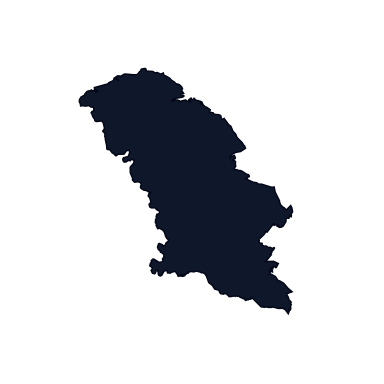 the district of Corcova, Mehedinti, Romania, rotated 209°
{"feature_id": "2599482B52479565944314", "entity_name": "Corcova", "entity_type": "district", "adm_level": 2, "iso_a3": "ROU", "parent_name": "Romania", "parent_adm1": "Mehedinti", "projection": "orthographic", "projection_center": [23.061, 44.685], "detail": "fine", "context": "isolated", "style": "filled", "palette": "ink", "viewbox_px": 384, "rotation_deg": 209, "n_neighbors": 0, "source": "geoboundaries", "source_scale": "gbopen_adm2", "svg_char_len": 6075}
<svg xmlns="http://www.w3.org/2000/svg" viewBox="0 0 384 384"><g transform="rotate(209 192 192)"><path d="M292.1,277.3L293.2,277.2L295.8,275.0L296.0,274.5L295.5,273.7L296.2,271.7L296.6,269.0L297.1,268.0L299.4,266.5L307.9,262.7L308.3,261.9L309.1,261.5L309.2,260.6L310.9,258.3L311.6,258.4L313.4,257.5L314.3,255.8L310.8,254.2L311.5,253.7L312.4,253.7L314.7,254.6L315.0,254.4L315.3,253.9L314.8,251.3L317.8,247.2L317.1,246.7L328.0,236.0L327.0,234.7L323.4,234.4L324.7,232.8L326.9,233.5L328.5,231.8L329.3,232.5L330.6,230.7L331.5,230.3L332.6,228.9L333.2,225.9L332.9,224.8L335.1,221.2L335.2,218.0L334.1,216.1L332.0,214.8L331.8,213.9L330.9,213.3L329.2,214.7L327.1,215.3L324.0,217.6L321.7,217.3L319.8,218.1L318.7,218.0L317.2,215.0L318.5,214.0L318.6,212.3L317.2,211.6L315.2,209.7L312.6,208.5L311.5,207.3L309.9,207.2L305.8,210.1L304.5,210.1L302.7,209.0L299.5,205.4L299.3,204.2L299.6,202.3L299.4,201.8L296.9,201.1L296.1,200.3L295.1,198.1L293.9,197.2L293.4,196.1L289.3,191.4L287.4,188.4L286.1,188.3L284.6,189.2L280.9,187.6L279.0,187.5L276.3,186.7L275.7,187.3L275.0,189.1L269.8,192.2L269.4,196.0L267.7,198.0L265.8,196.8L265.0,192.8L265.4,191.7L268.5,188.8L268.6,187.7L268.0,186.4L266.4,185.3L265.6,185.4L264.2,186.4L263.0,188.8L261.1,189.4L260.8,191.1L260.2,191.7L257.9,191.2L257.4,190.5L257.0,188.7L258.0,184.3L257.9,183.4L255.2,178.8L250.7,175.3L249.8,173.6L247.1,172.7L243.8,175.0L241.5,175.1L240.2,174.3L239.5,171.3L238.2,170.4L234.8,170.3L232.6,171.2L230.8,171.0L227.9,171.7L227.6,171.2L228.9,170.0L228.6,167.8L228.0,167.0L226.6,166.7L223.9,164.3L223.0,162.5L223.6,160.4L221.6,158.4L219.6,158.5L216.9,160.2L213.5,159.3L212.1,159.6L211.0,159.1L210.4,158.4L210.4,157.3L210.6,156.5L211.9,155.6L211.5,153.5L211.4,153.0L210.5,152.6L210.5,150.4L209.4,147.9L209.1,147.4L207.7,146.9L207.2,145.4L204.2,143.3L202.8,144.6L199.3,144.5L197.5,143.9L195.9,142.8L193.5,140.4L191.3,139.1L189.7,138.9L188.8,137.5L190.0,135.0L189.6,132.4L190.5,131.6L190.8,130.6L191.4,130.4L192.0,131.4L192.8,131.5L195.6,131.2L196.1,130.5L195.5,127.2L193.6,125.4L191.5,125.1L190.4,124.1L188.3,124.2L186.1,123.5L185.1,121.4L185.4,119.1L184.0,117.7L183.9,117.0L184.7,116.0L186.7,114.5L192.3,114.8L193.2,114.7L194.0,114.0L194.3,112.0L193.5,111.2L193.8,109.4L193.2,107.0L189.9,106.5L189.5,105.0L189.8,103.7L188.2,102.4L187.0,101.8L185.0,102.4L184.7,103.4L185.3,106.0L184.8,106.6L182.9,105.8L181.9,104.1L180.7,103.1L179.1,103.1L178.1,104.5L178.1,108.9L177.5,110.0L176.3,110.8L175.3,110.8L174.2,109.4L171.5,110.6L171.3,111.6L168.2,114.5L164.6,112.7L163.3,111.6L161.2,113.0L161.7,113.7L160.6,115.3L159.2,114.7L159.5,114.1L160.0,114.2L160.5,113.7L160.2,113.4L159.3,113.7L157.9,115.1L157.7,116.2L158.1,116.7L157.7,116.7L156.9,118.3L157.0,118.6L156.2,118.9L155.9,119.5L156.5,120.3L155.5,120.8L154.2,122.1L151.7,123.0L149.9,124.9L146.2,125.9L144.4,126.0L143.0,126.8L141.3,126.7L138.8,125.6L133.4,120.9L128.9,120.2L125.1,118.1L120.9,119.1L118.8,117.4L117.5,117.0L114.8,118.0L114.8,118.8L112.4,119.6L109.0,118.6L108.1,118.8L104.2,121.9L103.7,121.6L103.1,122.5L101.5,122.9L101.3,123.6L99.1,123.3L94.0,123.8L92.7,123.1L92.0,123.8L91.6,125.1L90.7,124.8L90.4,125.5L88.5,127.0L88.2,128.1L88.8,128.4L88.7,128.7L75.9,125.1L72.5,126.4L71.7,127.4L69.2,128.1L66.2,129.8L65.7,130.6L60.1,132.0L56.2,134.3L53.4,134.3L48.8,132.2L49.3,135.7L50.0,136.0L50.1,136.9L48.9,136.6L49.0,137.7L49.4,137.8L49.5,138.6L50.5,139.9L50.6,141.6L51.8,142.2L51.7,143.4L52.7,144.2L54.6,144.5L57.0,146.8L60.0,148.7L56.1,153.3L61.3,154.3L67.4,156.6L71.3,156.8L74.0,156.4L78.1,158.5L83.0,158.5L84.6,157.5L84.6,160.1L86.0,161.0L82.9,161.1L84.0,162.8L86.1,163.4L86.1,164.0L85.6,164.0L85.7,164.5L85.3,164.7L84.3,164.5L84.5,165.0L84.3,165.4L84.7,165.7L84.5,166.4L82.8,166.8L82.2,166.4L81.7,166.9L81.8,171.3L87.0,170.9L93.9,167.0L92.2,175.6L93.5,175.8L92.9,177.0L93.0,178.2L93.9,178.6L93.8,179.5L93.1,179.5L92.7,180.9L92.7,182.9L93.1,183.2L93.6,182.9L94.1,181.6L96.9,181.5L98.4,180.4L100.8,180.8L102.5,179.7L104.7,179.6L105.9,181.1L107.3,180.4L109.0,180.4L109.7,182.2L110.7,182.4L108.5,189.2L108.2,191.3L108.7,193.3L106.9,193.2L105.6,202.0L105.9,202.4L105.5,203.8L105.2,204.0L104.9,203.8L105.0,203.2L104.1,202.6L103.1,203.7L101.8,204.3L101.5,204.9L101.3,204.0L101.1,204.2L100.7,203.4L100.3,203.5L100.1,204.5L99.4,204.6L99.2,204.5L99.3,203.5L98.6,203.3L96.7,204.7L95.7,206.5L95.5,211.5L95.8,212.4L96.4,213.0L96.6,215.1L94.7,215.9L94.4,217.2L94.6,218.7L93.3,218.7L94.6,221.3L94.4,223.4L97.0,226.6L99.1,228.0L100.8,221.9L103.4,222.9L103.9,222.7L108.1,223.6L110.4,225.5L111.3,226.8L119.2,232.2L122.6,236.2L123.9,235.2L125.6,234.5L135.0,232.6L137.6,231.1L139.9,231.5L143.4,230.2L151.6,229.6L153.0,229.8L150.9,230.2L150.3,230.9L150.2,232.4L149.4,233.2L150.0,234.1L151.4,234.5L152.7,234.0L158.2,234.5L160.6,234.1L161.0,233.5L163.7,233.2L166.0,231.9L166.4,234.1L166.2,235.6L168.2,238.3L168.3,239.3L169.0,239.8L171.2,240.1L171.7,239.0L172.1,239.1L171.6,240.9L170.6,241.9L170.5,242.5L171.1,242.8L171.1,243.4L172.7,244.5L174.9,241.9L175.2,239.9L175.8,241.1L175.6,243.6L173.0,247.8L169.1,251.0L166.4,256.2L168.5,257.9L169.5,258.0L172.0,259.5L178.1,261.2L179.6,261.9L181.8,263.8L185.6,265.0L190.0,268.4L192.3,268.6L199.6,271.9L200.4,270.0L202.7,271.2L203.3,272.3L204.5,272.8L206.3,272.5L209.1,271.2L211.2,270.8L211.8,271.5L215.5,270.3L215.9,272.8L220.4,273.3L221.8,272.8L222.7,272.9L222.9,273.4L227.9,273.0L227.8,274.2L225.7,274.5L227.1,275.5L229.2,275.3L233.3,274.2L234.7,274.4L235.1,275.1L235.7,274.9L235.5,273.8L236.5,272.9L237.3,272.8L238.0,273.7L238.6,273.4L239.0,272.2L238.5,271.6L239.3,271.7L239.5,271.3L239.1,270.2L237.9,270.5L237.1,269.9L241.9,269.0L242.2,269.4L245.4,266.5L246.4,265.0L247.3,265.7L249.3,265.4L250.3,264.9L253.4,262.1L254.2,263.1L251.9,265.3L251.8,265.9L246.3,270.3L245.5,271.7L245.9,272.4L246.6,272.4L246.8,271.8L247.2,271.7L247.5,272.1L248.2,271.6L248.8,271.7L249.3,272.3L249.3,273.0L247.3,274.3L250.4,275.8L250.4,277.8L252.1,279.0L255.2,279.8L258.9,278.9L260.4,279.6L264.1,279.8L266.5,280.7L271.1,280.8L273.0,280.4L274.8,282.2L276.4,280.0L280.5,279.6L281.8,278.4L285.1,278.3L290.3,275.7L292.1,277.3Z" fill="#0f172a" stroke="#020617" stroke-width="1.5"/></g></svg>